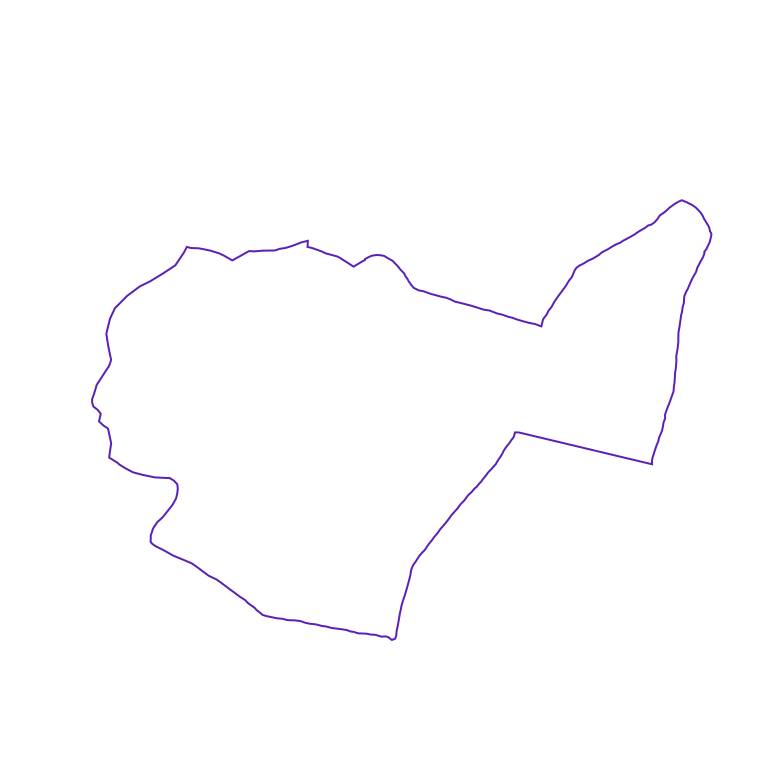 Guinguineo, Kaolack, Senegal, rotated 15°
{"feature_id": "50182788B97054679922117", "entity_name": "Guinguineo", "entity_type": "district", "adm_level": 2, "iso_a3": "SEN", "parent_name": "Senegal", "parent_adm1": "Kaolack", "projection": "albers", "projection_center": [-15.881, 14.303], "detail": "fine", "context": "isolated", "style": "outline", "palette": "violet", "viewbox_px": 768, "rotation_deg": 15, "n_neighbors": 0, "source": "geoboundaries", "source_scale": "gbopen_adm2", "svg_char_len": 4797}
<svg xmlns="http://www.w3.org/2000/svg" viewBox="0 0 768 768"><g transform="rotate(15 384 384)"><path d="M663.7,392.1L663.0,389.8L662.6,388.2L662.5,384.0L662.7,381.4L662.8,378.1L663.1,373.4L663.8,368.1L663.6,364.4L664.0,361.8L664.4,359.2L664.6,356.8L664.5,354.3L664.3,351.7L664.0,348.6L664.5,344.5L663.4,341.0L663.5,338.9L663.7,336.2L664.3,330.7L664.8,326.5L665.0,323.3L665.3,319.6L665.6,316.0L664.8,312.3L664.3,307.6L663.4,303.1L662.3,298.0L661.9,294.0L661.1,289.4L660.4,285.8L659.2,281.9L658.7,277.2L658.3,272.9L657.5,267.6L656.3,262.9L655.1,258.1L654.6,251.9L654.1,248.2L653.7,244.4L653.2,240.7L653.2,237.2L652.6,232.9L652.7,228.2L652.1,225.5L651.4,221.5L651.9,217.1L652.8,213.6L653.6,207.9L654.3,203.3L655.7,197.6L656.4,195.2L656.6,190.1L657.3,187.3L658.2,183.1L659.3,179.0L659.7,174.7L659.2,173.6L660.6,169.8L661.1,166.7L661.9,162.7L661.7,156.0L661.3,154.0L659.2,151.9L657.8,148.9L655.5,146.4L653.0,144.1L650.2,141.4L648.5,139.3L645.5,136.5L643.0,134.9L639.4,132.8L635.5,131.4L632.0,130.7L629.1,130.0L626.8,129.8L624.2,129.4L621.6,131.4L618.9,134.0L616.5,136.9L613.9,140.1L612.0,143.4L609.4,146.8L606.7,149.9L605.6,153.5L603.5,157.8L601.0,160.8L598.0,162.6L597.4,163.5L595.6,165.8L593.4,167.9L590.4,171.0L587.4,174.6L583.4,178.6L577.8,183.8L575.3,186.7L572.2,188.9L568.8,192.2L565.3,196.0L560.6,200.2L558.1,203.8L553.8,208.3L548.8,212.5L546.0,215.6L542.4,218.8L539.8,221.9L538.7,225.2L538.2,229.2L537.7,232.3L535.9,236.4L534.1,242.6L531.2,250.0L529.1,255.2L527.2,260.8L525.8,266.5L524.0,270.5L523.1,275.0L521.8,277.9L520.9,280.5L521.1,287.6L520.4,287.6L514.4,287.0L508.1,287.4L501.7,287.4L495.9,287.3L491.1,286.8L486.2,286.9L480.1,286.4L475.0,286.6L466.8,285.7L462.0,286.3L457.8,286.3L454.0,286.0L447.2,285.8L436.8,285.9L431.4,286.1L426.0,285.0L421.4,284.6L418.2,284.8L413.1,284.9L410.0,284.8L406.6,284.9L401.8,284.5L397.7,284.2L393.2,284.6L391.5,284.2L388.0,283.5L385.6,282.0L381.8,278.9L379.2,276.2L376.5,274.0L375.0,272.1L372.4,270.5L370.4,269.4L368.6,267.9L366.6,266.6L366.2,266.3L363.7,264.8L360.7,262.9L356.1,261.7L350.8,260.2L346.9,260.6L343.5,261.3L339.1,263.2L336.4,265.3L333.4,268.2L333.5,269.2L331.5,271.0L325.7,277.0L324.7,278.0L324.4,278.5L323.1,278.1L322.8,278.0L322.4,277.9L308.3,273.4L305.4,272.9L300.7,272.9L294.3,272.9L288.7,272.0L280.2,271.3L276.3,271.3L274.7,271.5L273.4,265.4L267.8,268.4L259.7,274.3L253.6,278.1L248.1,280.5L244.8,282.8L243.3,283.5L232.0,286.7L224.3,289.5L219.3,290.5L205.5,303.9L196.1,301.4L191.1,300.5L182.0,300.1L174.8,300.5L169.8,300.9L162.3,302.6L158.1,302.6L156.6,309.2L151.7,323.4L142.3,334.0L131.5,345.4L123.0,352.8L113.1,365.3L107.5,375.2L104.5,380.3L102.4,392.1L102.8,407.4L108.0,419.1L108.6,420.3L114.2,431.4L113.8,437.6L110.3,448.2L106.7,459.3L106.6,464.7L106.4,469.8L106.0,474.2L107.0,477.7L109.1,481.0L111.6,482.0L114.3,483.2L118.1,486.1L118.1,486.3L118.3,491.2L118.4,493.5L118.4,493.9L123.9,496.8L128.9,498.4L132.6,505.5L135.8,511.9L136.7,519.5L137.3,524.3L137.4,525.2L137.6,526.2L146.5,528.9L149.3,530.3L155.9,532.3L164.6,534.3L175.2,534.2L187.0,533.5L200.9,530.5L201.0,530.3L206.1,531.7L210.3,534.4L211.9,538.4L212.6,543.0L212.8,548.2L211.1,555.1L209.9,558.0L208.7,560.9L204.7,570.0L200.7,576.3L198.9,581.6L198.3,583.5L197.9,590.9L198.5,592.9L198.8,593.9L199.0,595.1L199.5,597.0L201.6,598.4L205.3,599.8L206.0,599.9L214.3,601.6L215.6,601.9L215.8,602.0L224.4,604.2L227.0,604.6L236.9,605.9L244.0,606.9L244.7,607.0L249.7,608.8L256.5,611.5L264.4,614.6L271.5,615.9L272.0,616.0L273.7,616.4L299.9,626.8L305.7,628.6L309.1,630.7L312.7,632.1L317.0,633.7L319.7,635.5L322.8,636.7L326.5,638.5L330.8,638.6L336.1,638.3L341.4,638.0L346.9,637.0L351.5,637.1L352.0,637.0L354.4,636.5L359.0,635.4L365.0,634.6L369.3,635.0L374.3,634.8L380.6,633.8L386.1,633.8L391.3,633.2L396.7,633.2L401.6,632.5L406.3,631.9L411.7,631.3L415.2,631.7L418.7,631.3L423.9,631.5L427.5,630.6L432.0,629.7L436.2,629.4L440.6,628.5L444.6,628.6L447.1,628.7L450.6,627.4L453.6,627.4L454.7,627.9L457.8,629.2L460.7,627.1L460.9,623.7L460.1,619.0L459.9,614.1L459.6,610.8L459.1,605.7L458.7,601.2L458.6,597.5L458.3,593.9L458.4,588.2L458.8,582.5L458.9,578.0L459.0,573.7L459.0,568.6L459.0,564.9L458.9,561.2L458.4,557.2L458.6,553.9L459.2,550.9L460.5,547.6L461.4,544.6L462.7,540.6L464.2,537.6L466.5,533.4L467.7,529.7L469.1,526.1L470.8,522.3L472.1,518.7L474.3,514.2L475.9,509.7L477.9,505.7L479.9,501.4L481.8,496.8L483.3,492.8L485.2,489.1L487.2,485.2L488.8,480.9L491.4,476.2L491.7,475.7L492.2,474.4L494.0,469.8L496.5,465.8L498.4,461.8L500.3,459.0L501.8,455.4L502.9,453.6L504.5,449.5L506.3,445.7L507.3,442.8L508.6,440.4L509.9,438.2L511.1,435.6L512.7,432.5L514.0,427.6L515.2,424.6L516.3,420.8L517.0,417.1L518.2,413.5L520.5,408.4L521.6,405.0L522.6,402.8L523.2,400.4L523.0,398.6L523.0,396.9L523.5,396.8L524.1,396.6L526.7,395.9L662.2,392.2L663.7,392.1Z" fill="none" stroke="#5b21b6" stroke-width="2"/></g></svg>